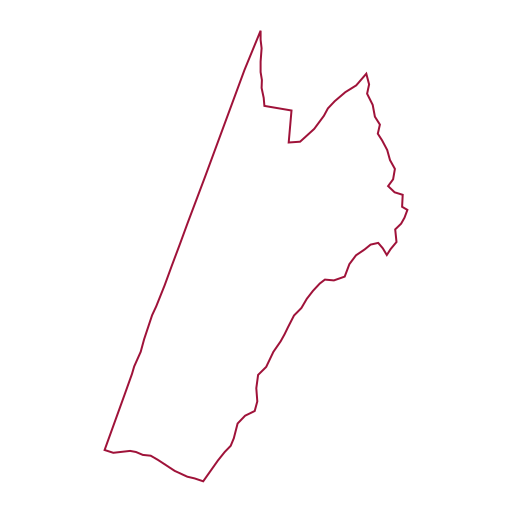 outline of Indianópolis, Paraná, Brazil
{"feature_id": "56859067B61003865995307", "entity_name": "Indianópolis", "entity_type": "district", "adm_level": 2, "iso_a3": "BRA", "parent_name": "Brazil", "parent_adm1": "Paraná", "projection": "equal_earth", "projection_center": [-52.659, -23.482], "detail": "fine", "context": "isolated", "style": "outline", "palette": "rose", "viewbox_px": 512, "rotation_deg": 0, "n_neighbors": 0, "source": "geoboundaries", "source_scale": "gbopen_adm2", "svg_char_len": 1265}
<svg xmlns="http://www.w3.org/2000/svg" viewBox="0 0 512 512"><path d="M257.3,401.4L256.3,388.2L258.1,374.9L266.2,366.9L273.4,351.8L280.6,341.4L284.6,334.2L288.0,327.2L294.0,315.5L301.4,308.0L306.8,298.8L313.0,290.8L319.8,283.5L324.9,279.6L333.9,280.4L344.7,276.6L349.4,264.1L356.0,255.3L364.7,249.4L370.6,244.6L378.2,242.9L382.8,248.3L386.8,255.0L390.6,249.1L396.5,242.0L395.2,229.4L401.1,223.7L404.5,217.7L407.4,209.9L402.1,206.8L402.7,194.8L394.6,192.3L388.1,186.1L393.1,179.3L394.9,168.9L390.0,160.1L387.2,150.0L382.1,140.4L377.8,133.7L379.9,124.6L374.9,116.7L372.7,104.9L367.1,93.7L369.1,84.4L366.3,73.7L356.2,85.4L345.4,92.1L334.7,101.2L327.9,108.4L323.9,115.8L314.2,128.9L300.1,141.7L288.7,142.5L291.5,110.5L264.4,105.9L263.7,97.9L261.6,87.9L261.9,80.0L260.6,72.1L260.6,61.6L261.6,48.3L260.6,39.8L260.6,30.7L244.5,69.9L205.2,176.4L187.7,222.8L184.0,232.9L179.9,244.1L171.8,265.7L164.6,285.4L156.2,306.4L152.1,315.2L144.1,339.3L140.7,351.8L134.2,366.4L132.0,373.9L124.5,394.9L104.6,450.0L113.3,452.8L130.1,450.9L136.0,452.0L142.8,454.9L150.7,455.7L158.1,460.0L174.7,470.9L187.3,476.7L194.6,478.4L203.2,481.3L217.9,460.5L224.7,452.0L230.7,445.8L233.8,438.3L237.6,423.5L245.1,415.7L254.7,411.0L257.3,401.4Z" fill="none" stroke="#9f1239" stroke-width="2"/></svg>